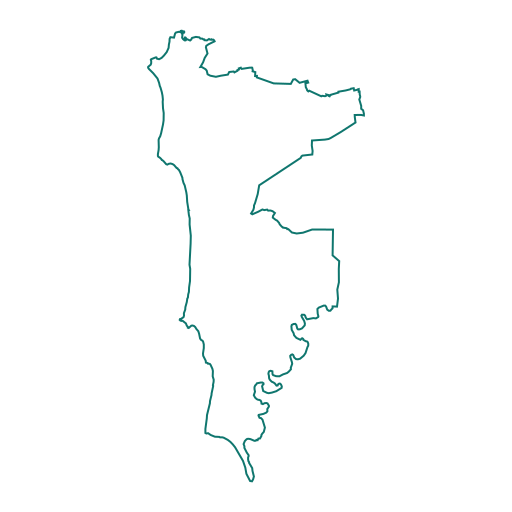 Kombo South, West Coast, Gambia (Mercator projection)
{"feature_id": "56634734B1390118495461", "entity_name": "Kombo South", "entity_type": "district", "adm_level": 2, "iso_a3": "GMB", "parent_name": "Gambia", "parent_adm1": "West Coast", "projection": "mercator", "projection_center": [-16.741, 13.204], "detail": "fine", "context": "isolated", "style": "outline", "palette": "teal", "viewbox_px": 512, "rotation_deg": 0, "n_neighbors": 0, "source": "geoboundaries", "source_scale": "gbopen_adm2", "svg_char_len": 5973}
<svg xmlns="http://www.w3.org/2000/svg" viewBox="0 0 512 512"><path d="M358.7,89.1L357.7,89.4L357.6,89.7L354.2,90.5L353.7,88.2L350.9,88.7L350.6,89.1L349.9,89.4L345.5,90.5L338.4,91.7L338.4,92.6L330.7,94.8L330.8,95.0L330.1,95.4L329.6,96.3L328.5,95.8L328.3,95.0L326.4,94.5L326.6,95.2L325.8,96.0L325.0,96.2L322.2,95.8L321.3,96.3L309.2,90.7L308.3,91.4L307.6,90.8L307.1,90.2L306.9,89.3L305.8,87.2L305.4,83.0L306.8,83.0L308.2,82.6L307.5,80.7L299.6,82.8L295.2,79.2L293.2,79.5L290.8,83.9L273.7,83.4L256.8,77.4L256.9,75.9L255.1,76.0L255.3,72.1L252.6,71.3L252.8,70.3L252.2,67.7L251.6,67.6L249.5,67.7L241.6,68.9L241.1,68.5L240.8,67.7L238.8,68.4L239.0,69.3L238.8,69.7L237.4,70.1L237.4,70.8L234.4,72.4L233.7,71.5L229.2,72.0L227.9,74.6L220.9,75.7L215.9,76.8L210.3,75.7L207.6,74.3L206.7,70.6L205.5,69.2L201.6,66.9L200.4,67.0L203.1,62.3L204.7,57.9L207.5,53.5L205.9,47.3L206.3,45.8L208.7,44.2L214.6,41.3L214.1,40.3L213.2,39.6L211.9,39.8L211.5,39.3L210.2,39.7L209.0,39.0L206.9,40.4L204.5,40.2L204.3,39.4L203.2,39.3L202.2,38.6L200.4,38.6L199.4,37.4L195.9,36.9L192.1,37.9L191.6,38.6L191.3,39.5L190.1,40.5L186.6,39.0L185.6,37.6L185.1,37.4L184.8,37.5L184.7,38.1L185.8,39.2L186.0,40.0L185.6,40.4L184.6,40.4L183.1,39.2L182.1,37.7L182.5,34.4L181.8,33.6L182.2,33.0L183.9,32.8L184.2,32.5L184.2,31.6L183.9,31.3L182.6,31.3L181.8,30.7L180.8,30.9L180.8,32.0L180.5,32.1L178.9,31.8L176.0,32.5L175.1,33.5L174.0,37.6L170.4,37.2L169.6,38.9L169.5,41.7L168.9,44.5L168.6,47.9L166.7,52.1L163.9,55.6L161.6,57.9L159.1,59.2L157.0,58.7L156.4,57.4L155.7,57.4L151.2,59.2L150.8,59.8L151.2,60.9L151.2,63.2L150.7,64.7L148.2,66.8L148.1,67.7L148.9,68.9L153.2,73.2L157.5,78.5L159.1,82.9L159.8,86.0L160.5,87.6L161.8,92.1L162.5,95.6L162.9,99.5L162.7,101.8L163.0,108.2L163.7,113.0L163.6,120.4L163.0,124.5L161.1,133.3L160.2,136.3L159.0,138.4L158.6,139.9L158.8,147.3L158.6,150.1L157.9,154.1L157.9,156.0L158.2,156.6L160.0,157.8L161.3,159.1L161.8,160.0L162.3,160.1L163.6,161.2L166.2,164.2L167.3,164.6L168.8,163.8L170.6,163.5L172.6,164.1L174.1,165.1L176.7,168.1L177.4,168.2L178.1,169.3L178.9,169.9L180.2,172.3L182.4,177.8L182.5,179.2L183.5,182.9L184.7,185.4L186.3,192.3L186.8,195.5L187.2,201.9L188.4,209.4L188.7,209.9L188.3,209.9L188.9,215.0L189.7,218.4L189.6,224.5L190.8,235.7L190.6,243.8L189.5,264.7L190.2,268.9L190.0,281.1L189.1,287.4L188.9,291.9L188.2,294.4L187.9,297.6L187.3,298.5L186.8,302.0L185.4,307.1L185.2,309.7L183.9,313.2L184.0,315.6L183.5,317.2L180.8,319.0L180.1,319.0L179.7,319.9L180.3,320.5L181.3,320.9L181.7,320.6L182.6,320.8L185.9,323.4L186.8,325.7L187.8,326.8L187.8,327.7L188.7,328.0L191.3,325.7L192.3,325.5L193.9,325.9L195.2,327.0L196.4,329.0L198.3,331.2L199.1,333.7L200.1,338.6L201.2,340.0L202.5,340.7L203.1,341.6L203.8,344.4L203.8,348.1L203.0,353.5L203.2,355.8L205.7,360.7L205.9,362.6L207.6,363.0L207.8,363.6L209.8,363.9L210.6,364.9L212.4,368.8L212.9,371.0L212.7,376.3L213.7,379.7L213.6,381.9L212.9,385.3L213.2,385.9L211.6,393.4L211.5,395.0L210.0,401.1L209.9,403.3L207.0,415.1L206.8,418.4L205.4,428.9L205.4,433.0L206.4,433.5L208.1,433.2L210.7,435.0L214.9,436.7L219.3,436.9L219.9,437.3L222.2,437.3L223.7,437.7L227.8,439.9L230.4,441.9L232.8,444.4L235.1,447.3L243.0,460.9L245.3,467.6L246.4,473.8L250.1,481.0L252.0,481.3L253.1,479.3L253.9,476.5L252.5,470.9L252.2,468.1L249.1,462.9L249.1,462.1L248.5,461.4L248.1,459.5L248.1,457.4L248.6,456.2L248.6,455.2L246.8,452.6L244.4,447.9L244.4,446.2L243.6,444.1L244.8,441.1L246.3,439.5L247.2,438.9L248.7,438.8L250.4,439.1L254.4,440.8L255.8,440.7L256.4,439.9L257.6,440.2L258.4,438.6L260.0,438.5L261.4,436.0L261.4,435.0L262.2,433.7L263.8,431.9L264.9,427.6L262.5,419.7L261.0,418.1L259.5,417.8L258.5,415.6L258.7,414.9L263.4,413.9L266.3,412.6L267.4,411.3L267.3,409.0L268.9,406.6L268.9,405.7L267.5,403.4L266.3,403.0L264.5,403.2L262.9,404.1L261.5,403.6L261.5,402.5L260.7,400.6L259.4,399.9L258.2,399.8L256.7,399.1L255.1,397.6L253.8,395.2L255.0,391.7L254.5,389.1L254.5,387.1L255.2,385.4L256.2,384.5L256.9,383.3L260.9,382.5L262.4,382.5L263.5,383.3L263.5,384.3L262.5,385.2L262.1,386.3L263.2,391.0L266.9,392.8L268.7,393.2L271.9,392.6L276.3,391.2L281.6,387.9L281.8,386.4L281.0,384.5L280.0,383.6L279.2,383.6L278.2,384.2L277.6,385.5L276.5,385.6L274.8,383.4L273.5,382.5L271.7,381.7L269.7,379.6L269.1,378.1L268.9,375.5L268.4,373.8L268.7,372.2L269.3,371.2L270.6,370.8L272.4,371.3L272.5,374.1L273.1,375.1L276.1,376.2L279.4,376.3L283.0,374.4L287.1,373.0L288.7,371.7L290.9,369.3L290.8,367.7L292.2,363.8L291.9,362.1L290.4,357.4L290.2,355.9L291.2,354.8L292.3,354.4L293.2,355.0L294.2,357.5L296.0,359.1L297.9,359.3L300.1,358.7L303.7,355.7L305.5,353.1L307.5,347.0L308.2,345.8L308.3,343.9L307.8,342.2L306.9,341.4L305.9,341.3L303.4,339.9L303.2,339.0L302.4,338.3L301.8,338.4L300.4,339.8L296.4,337.9L294.1,335.3L293.6,333.2L291.7,329.8L291.4,326.3L291.8,324.9L293.6,324.0L295.4,323.9L296.3,325.0L297.3,328.6L298.1,329.4L299.8,329.3L302.0,328.4L304.7,325.4L304.9,323.5L304.2,321.0L301.8,316.9L301.4,315.6L302.0,314.7L304.2,314.8L305.1,315.6L305.8,317.7L307.1,319.3L313.3,318.1L315.9,318.4L318.2,317.0L318.4,316.3L317.7,313.7L317.4,309.0L318.8,307.6L323.7,305.6L325.2,305.6L326.1,306.6L327.2,309.6L328.9,310.8L330.4,310.7L331.4,309.4L332.5,308.4L332.6,306.4L337.0,306.6L338.0,298.6L337.3,289.6L338.9,282.3L338.8,268.9L339.2,261.1L332.6,255.4L333.0,229.6L312.2,229.5L303.0,232.7L296.7,233.5L291.9,232.5L288.3,229.1L287.2,229.1L286.7,228.2L282.9,227.6L282.6,227.1L281.9,226.8L279.7,224.3L279.1,222.9L277.1,220.6L275.6,219.8L272.8,217.6L273.0,216.0L274.9,213.0L272.6,211.2L270.5,210.5L268.1,210.6L267.2,209.6L264.3,210.1L262.4,209.5L258.3,211.7L252.3,214.3L251.1,213.5L253.4,209.7L254.0,207.3L254.0,205.5L255.0,203.2L257.7,194.1L259.2,185.3L300.7,157.9L301.4,156.4L302.4,155.6L312.3,154.5L312.6,151.0L311.8,145.5L312.0,140.5L324.9,139.6L328.6,139.0L330.7,138.0L340.5,132.2L355.5,122.5L354.8,117.1L354.7,115.0L361.0,114.9L363.9,115.5L363.9,113.7L363.1,110.3L361.2,108.8L361.2,105.9L359.3,99.5L360.2,97.1L360.2,96.3L359.7,94.4L359.6,91.6L358.7,91.7L358.7,89.1Z" fill="none" stroke="#0f766e" stroke-width="2"/></svg>